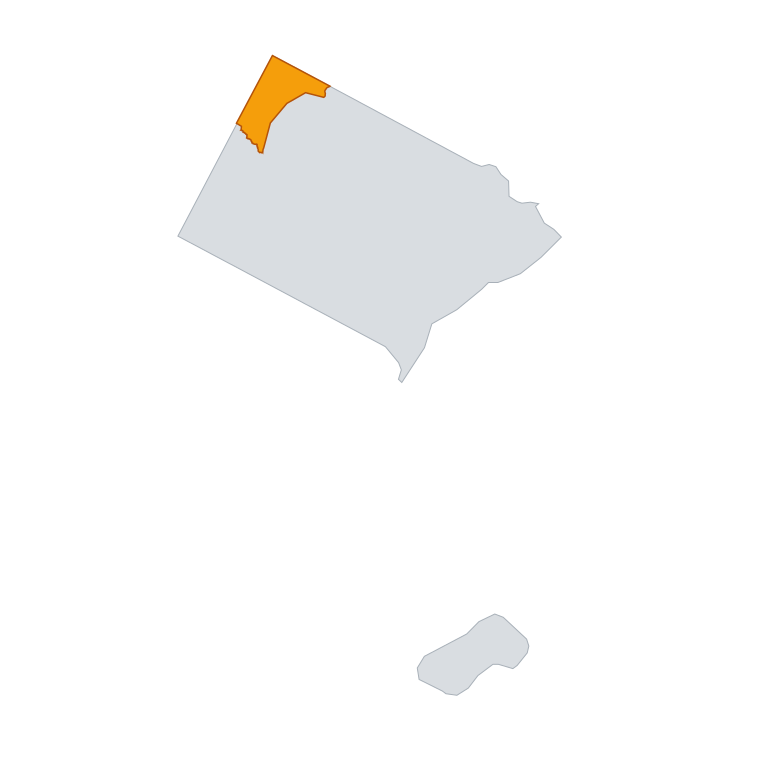 location of Nsork, Wele-Nzás, Equatorial Guinea, rotated 208°
{"feature_id": "11065452B58050641555743", "entity_name": "Nsork", "entity_type": "district", "adm_level": 2, "iso_a3": "GNQ", "parent_name": "Equatorial Guinea", "parent_adm1": "Wele-Nzás", "projection": "albers", "projection_center": [11.202, 1.263], "detail": "fine", "context": "in_parent", "style": "filled", "palette": "amber", "viewbox_px": 768, "rotation_deg": 208, "n_neighbors": 0, "source": "geoboundaries", "source_scale": "gbopen_adm2", "svg_char_len": 3390}
<svg xmlns="http://www.w3.org/2000/svg" viewBox="0 0 768 768"><g transform="rotate(208 384 384)"><path d="M635.4,417.8L635.6,458.2L635.8,492.4L636.0,529.4L636.2,567.9L636.4,600.5L636.5,621.7L600.8,621.5L553.4,621.4L506.0,621.2L458.5,621.0L434.7,620.9L408.5,620.8L400.0,621.9L394.2,627.2L387.2,628.4L379.1,623.9L369.3,621.7L366.6,617.0L361.7,608.4L352.0,607.5L347.1,608.4L340.0,613.3L332.1,615.8L333.6,611.9L318.0,601.3L306.7,600.3L296.4,597.0L304.8,569.6L315.4,545.4L331.1,527.1L339.4,522.7L342.2,513.6L354.6,483.8L370.0,459.6L365.3,435.0L369.0,393.7L373.4,394.9L374.2,398.8L375.3,404.6L381.1,409.7L400.2,417.6L457.2,417.7L491.3,417.7L541.6,417.8L594.9,417.8L635.4,417.8ZM183.9,139.6L188.2,140.3L214.3,139.6L221.3,148.9L220.5,162.5L193.6,202.1L188.6,218.8L178.2,232.9L169.2,234.0L138.3,225.7L133.1,220.6L131.3,213.8L134.3,198.0L136.6,193.2L151.4,190.2L156.2,187.7L164.2,170.7L166.8,155.1L173.5,143.4L183.9,139.6Z" fill="#d9dde1" stroke="#a8b0b8" stroke-width="1"/><path d="M571.8,608.8L571.2,610.2L571.4,611.2L571.8,611.9L572.1,612.9L573.1,613.9L573.8,614.9L573.9,615.8L573.7,616.6L573.7,617.7L573.6,618.3L573.3,619.2L571.9,620.8L571.5,621.6L636.7,621.6L636.7,544.9L636.2,544.8L635.5,544.9L630.9,544.6L630.5,543.9L630.3,543.3L630.2,542.9L629.9,542.4L629.8,542.2L629.6,541.9L629.6,541.2L629.5,541.3L629.4,541.3L629.2,541.4L628.9,541.3L628.7,541.2L628.4,541.0L628.2,541.1L628.0,541.3L627.9,541.3L627.6,541.3L627.4,541.2L627.2,541.0L627.1,540.9L626.9,540.7L626.8,540.4L626.7,540.4L626.7,540.2L626.4,540.2L626.3,540.3L626.2,540.3L626.0,540.5L625.9,540.5L625.7,540.5L625.7,540.4L625.4,540.3L625.3,540.2L625.2,540.2L624.9,540.1L624.6,540.2L624.4,540.2L624.4,540.3L624.2,540.3L624.0,540.2L623.9,540.2L623.7,540.1L623.4,539.9L623.2,539.7L623.0,539.8L622.9,539.7L622.7,539.7L622.6,539.8L622.4,539.9L622.2,539.9L621.9,539.7L621.7,539.4L621.7,539.2L621.7,538.9L621.6,538.7L621.4,538.5L621.3,538.4L621.2,538.3L621.1,538.2L621.1,537.5L621.0,537.2L620.9,536.9L620.8,536.7L620.6,536.8L620.3,536.9L620.2,536.9L619.9,536.8L619.8,536.7L619.7,536.7L619.4,536.6L619.2,536.7L619.1,536.8L619.0,537.0L618.9,537.0L618.7,537.1L618.4,537.0L618.3,536.9L618.2,536.9L618.0,537.0L617.9,537.2L617.8,537.3L617.7,537.3L617.4,537.3L617.2,537.2L616.9,537.0L616.6,537.1L616.3,537.1L616.2,537.1L615.9,536.9L615.8,536.7L615.7,536.6L615.6,536.4L615.5,536.2L615.3,536.2L615.2,536.2L614.9,536.1L614.7,536.0L614.7,535.9L614.4,535.7L614.2,535.6L614.1,535.4L614.0,535.2L613.9,535.0L613.8,534.9L613.7,534.8L613.4,534.9L613.3,535.0L613.2,535.0L612.9,535.1L612.7,535.0L612.6,534.9L612.3,534.8L612.2,534.7L612.1,534.8L611.9,534.9L611.7,534.9L611.1,534.9L610.9,535.0L610.7,535.1L610.4,535.1L610.2,535.1L610.0,535.3L609.9,535.4L609.7,535.5L609.4,535.8L609.2,535.9L609.1,536.0L608.9,536.0L608.7,536.0L608.6,535.9L608.4,535.8L608.3,535.6L608.2,535.4L608.2,535.2L608.2,534.9L607.8,534.7L607.7,534.6L607.4,534.4L607.4,534.2L607.4,533.9L607.2,533.9L606.9,533.8L606.5,533.6L606.4,533.4L606.4,533.0L606.2,532.9L605.7,532.5L605.3,532.1L605.2,532.0L604.9,531.6L604.7,531.1L604.6,530.8L604.4,530.6L604.1,530.4L603.9,530.4L603.5,530.3L603.1,530.2L602.7,530.0L602.5,529.9L602.4,530.0L602.2,530.4L602.1,530.5L601.9,530.5L601.7,530.5L600.7,530.7L600.7,530.8L600.7,531.0L600.4,531.5L600.2,531.5L599.7,531.3L600.9,534.3L601.0,535.7L606.9,561.1L601.5,586.2L590.0,604.4L578.0,607.3L571.8,608.8Z" fill="#f59e0b" stroke="#b45309" stroke-width="1.5"/></g></svg>